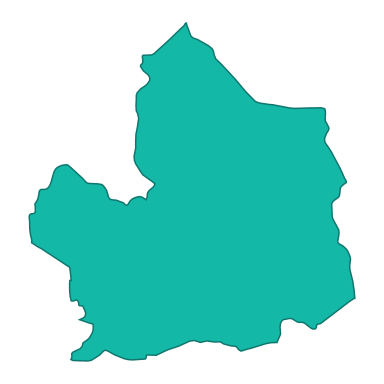 Dien Bien Phu, Điện Biên, Vietnam
{"feature_id": "81297802B75517223780643", "entity_name": "Dien Bien Phu", "entity_type": "district", "adm_level": 2, "iso_a3": "VNM", "parent_name": "Vietnam", "parent_adm1": "Điện Biên", "projection": "orthographic", "projection_center": [103.039, 21.414], "detail": "fine", "context": "isolated", "style": "filled", "palette": "teal", "viewbox_px": 384, "rotation_deg": 0, "n_neighbors": 0, "source": "geoboundaries", "source_scale": "gbopen_adm2", "svg_char_len": 4560}
<svg xmlns="http://www.w3.org/2000/svg" viewBox="0 0 384 384"><path d="M277.1,342.5L277.6,340.9L279.4,336.9L280.5,334.3L280.5,332.6L280.0,327.0L280.6,323.1L281.6,321.3L282.4,320.4L283.1,319.8L284.1,319.4L285.3,319.3L289.6,318.4L292.3,318.8L293.4,319.5L295.9,321.1L296.9,321.7L298.6,322.3L301.6,322.3L303.3,322.6L305.0,323.4L307.2,325.2L310.8,328.0L312.5,328.9L314.7,329.0L315.6,328.7L315.8,328.2L316.3,327.7L316.6,325.6L317.1,324.4L320.6,323.5L337.7,310.5L349.8,301.2L351.8,300.0L352.8,299.2L353.8,298.6L354.2,298.4L354.8,298.4L354.2,291.0L352.7,281.0L350.1,270.4L349.8,268.2L349.7,265.5L350.5,259.5L350.2,256.9L348.1,251.9L346.5,249.3L345.0,247.9L343.4,246.3L341.3,245.0L339.2,243.9L338.0,242.6L337.8,241.6L337.8,240.5L338.2,238.7L338.5,236.9L339.0,233.5L338.9,231.5L338.6,229.6L337.7,228.0L336.4,225.5L334.9,222.8L333.0,219.3L332.3,216.8L332.1,214.7L331.7,204.6L332.0,202.9L333.3,201.3L334.1,200.4L335.3,199.6L338.3,197.4L339.0,196.6L339.3,195.8L339.6,194.8L339.8,193.4L340.1,190.2L340.5,187.6L341.3,186.7L342.1,185.8L343.8,184.3L345.9,182.9L346.2,182.6L346.3,182.3L346.2,181.4L346.0,180.6L344.6,178.4L342.4,173.3L340.9,170.1L340.0,168.0L339.7,167.6L333.2,155.4L332.2,153.5L332.1,153.3L331.3,151.8L328.3,147.2L326.2,144.2L325.2,142.9L324.8,141.6L324.6,139.9L324.8,137.6L326.6,133.3L328.3,130.6L328.9,128.8L328.8,127.6L327.4,124.7L326.0,122.1L325.3,121.1L325.2,118.3L325.2,117.0L325.5,113.6L325.3,111.0L325.1,109.9L325.0,109.3L324.5,108.9L324.2,108.5L323.3,108.4L321.0,107.8L317.4,107.9L307.7,108.0L302.4,108.2L294.7,108.4L289.5,108.0L283.0,106.7L273.0,104.8L268.5,104.4L259.3,103.0L255.5,101.6L245.8,91.8L242.6,88.0L235.5,79.5L220.9,63.8L215.8,58.9L214.1,54.8L213.4,51.1L212.1,48.7L208.6,45.8L197.7,39.6L193.6,38.2L191.9,37.0L190.7,35.6L189.2,31.5L186.8,25.1L186.4,23.0L186.0,23.0L185.0,23.9L184.2,25.5L180.7,28.7L169.9,39.2L154.1,53.6L151.8,54.9L145.9,55.2L143.2,55.2L142.4,56.0L142.4,57.1L142.7,59.5L142.9,62.4L142.1,63.7L140.9,64.7L140.5,66.2L141.3,67.8L143.4,70.9L148.3,75.0L149.8,77.7L149.6,80.6L147.2,84.1L144.7,86.2L140.9,88.7L137.2,92.7L136.3,95.4L136.3,99.3L136.0,105.7L136.3,110.9L137.6,113.4L138.7,118.5L138.1,122.0L137.4,127.2L136.0,134.2L135.7,140.8L135.7,148.1L134.1,156.0L134.4,160.3L135.7,163.8L140.7,171.8L142.8,174.8L151.9,181.3L154.8,183.7L154.4,185.4L153.2,187.1L148.7,191.0L147.5,193.1L147.1,197.2L146.0,199.7L145.8,199.5L141.9,197.1L139.8,196.6L137.6,196.9L134.6,197.8L131.9,199.3L130.1,201.0L128.9,202.9L128.1,204.3L127.3,205.1L126.2,205.3L125.1,204.7L124.2,203.6L123.2,202.7L121.9,202.3L116.4,200.2L112.6,199.9L110.9,199.5L109.4,198.6L108.5,196.9L107.7,194.2L106.6,190.4L104.7,187.5L102.9,185.3L101.4,184.4L97.2,183.8L91.5,183.6L87.5,183.2L85.9,182.0L82.4,178.2L70.2,167.0L67.5,164.9L65.7,164.8L63.4,165.1L61.2,165.6L58.9,166.6L57.4,167.4L55.5,169.2L54.0,171.9L52.9,175.6L52.0,178.9L51.0,182.5L49.6,185.9L48.0,187.9L46.8,188.7L45.7,189.3L44.7,189.4L42.5,189.4L41.0,189.5L40.2,190.0L39.6,190.7L39.1,192.0L38.9,193.7L38.6,195.6L37.9,198.7L37.2,200.3L36.4,201.7L35.6,202.8L34.9,204.2L35.3,206.8L35.3,211.1L35.0,212.6L34.7,212.9L34.0,213.4L33.2,213.6L31.1,213.8L30.0,214.5L29.3,215.7L29.2,217.9L29.6,220.9L29.7,226.5L29.9,230.4L30.4,233.9L30.7,235.7L31.3,238.0L31.8,240.5L31.6,242.7L36.3,245.8L38.8,247.3L41.1,248.5L67.2,265.7L69.2,266.8L70.0,269.1L70.7,275.3L71.1,278.9L71.2,280.4L70.1,280.2L69.8,280.5L69.6,283.3L69.6,287.7L69.7,291.8L70.0,294.5L70.4,297.6L71.2,300.9L73.2,301.0L74.6,300.6L75.4,300.0L76.4,300.0L77.5,300.5L78.3,301.7L78.7,303.3L78.8,304.9L79.2,305.6L80.4,305.8L81.5,305.8L82.5,306.0L83.0,306.4L83.4,307.5L84.5,309.8L85.4,312.2L85.7,313.5L85.4,315.1L84.8,316.8L83.2,318.0L79.6,319.7L84.5,321.4L88.3,322.7L92.9,324.1L93.1,324.8L93.2,326.4L93.2,328.0L93.1,330.0L92.3,332.8L89.6,337.6L88.0,339.3L85.5,341.2L83.9,342.2L83.0,343.1L82.6,344.3L82.5,345.6L81.8,346.8L81.0,347.7L80.0,348.8L73.4,351.9L72.4,352.7L71.9,353.3L71.7,354.1L71.9,355.5L71.7,357.8L70.9,359.6L73.2,360.5L81.6,360.8L83.4,360.7L86.2,361.0L90.0,360.6L91.3,360.3L93.6,358.9L95.1,357.9L97.7,356.3L99.9,354.8L101.6,353.0L102.6,352.0L104.4,350.4L106.1,350.4L108.0,351.1L114.6,354.8L124.2,358.7L128.4,359.6L132.7,359.9L138.0,359.5L145.2,359.0L145.9,358.4L146.2,357.3L146.4,355.8L146.4,355.3L147.2,355.0L155.5,355.2L156.1,355.3L167.4,349.9L178.8,346.1L189.7,341.1L194.3,340.5L200.5,342.4L206.9,340.9L209.8,341.4L214.5,342.0L220.2,341.8L223.6,343.9L231.1,345.9L234.0,346.1L236.2,346.5L238.9,349.9L241.1,351.1L241.6,350.9L243.5,350.4L246.7,349.3L250.8,348.3L257.0,346.4L265.7,343.7L271.1,342.7L277.1,342.5Z" fill="#14b8a6" stroke="#0f766e" stroke-width="1.5"/></svg>